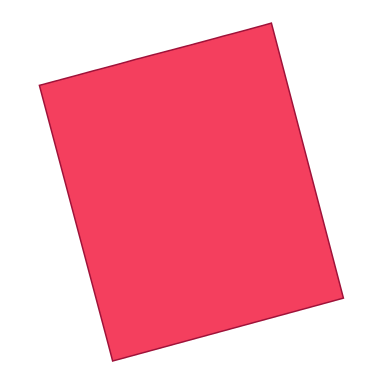 Stanton, Kansas, United States of America, rotated 75°
{"feature_id": "52423323B8394937054481", "entity_name": "Stanton", "entity_type": "district", "adm_level": 2, "iso_a3": "USA", "parent_name": "United States of America", "parent_adm1": "Kansas", "projection": "natural_earth1", "projection_center": [-101.94, 37.563], "detail": "fine", "context": "isolated", "style": "filled", "palette": "rose", "viewbox_px": 384, "rotation_deg": 75, "n_neighbors": 0, "source": "geoboundaries", "source_scale": "gbopen_adm2", "svg_char_len": 390}
<svg xmlns="http://www.w3.org/2000/svg" viewBox="0 0 384 384"><g transform="rotate(75 192 192)"><path d="M333.7,73.2L49.4,71.6L49.5,81.7L49.6,111.6L49.5,121.7L49.6,129.4L49.6,136.4L49.6,161.5L49.4,195.8L49.4,207.3L49.3,211.4L49.5,231.5L49.4,256.6L49.5,280.4L49.5,280.5L49.5,297.6L49.5,311.8L317.6,312.3L334.7,312.4L333.7,73.2Z" fill="#f43f5e" stroke="#9f1239" stroke-width="1.5"/></g></svg>